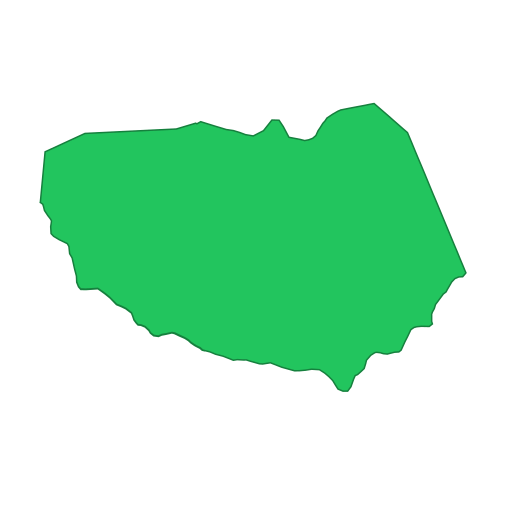 Beida, Western Darfur, Sudan (Albers equal-area conic projection), rotated 261°
{"feature_id": "16777658B9931993566109", "entity_name": "Beida", "entity_type": "district", "adm_level": 2, "iso_a3": "SDN", "parent_name": "Sudan", "parent_adm1": "Western Darfur", "projection": "albers", "projection_center": [21.993, 12.896], "detail": "fine", "context": "isolated", "style": "filled", "palette": "green", "viewbox_px": 512, "rotation_deg": 261, "n_neighbors": 0, "source": "geoboundaries", "source_scale": "gbopen_adm2", "svg_char_len": 3366}
<svg xmlns="http://www.w3.org/2000/svg" viewBox="0 0 512 512"><g transform="rotate(261 256 256)"><path d="M342.6,51.3L342.4,51.6L340.5,53.5L337.8,53.9L334.0,54.2L331.6,55.3L328.5,56.7L324.9,58.7L322.7,59.5L320.2,58.8L317.1,57.8L310.2,57.1L307.1,59.2L302.9,64.2L297.7,71.6L295.2,72.5L294.6,72.7L287.4,72.3L282.9,74.1L271.5,74.8L265.6,75.4L264.3,75.5L262.3,75.3L258.1,74.8L253.3,75.9L250.4,77.7L249.5,82.6L248.9,89.2L248.4,94.7L246.4,96.8L242.2,101.0L240.3,102.7L237.4,105.3L229.8,110.6L227.0,115.2L224.3,119.1L219.1,124.1L216.0,124.8L211.8,125.5L208.4,127.3L206.3,128.7L205.6,131.5L203.2,135.4L199.1,138.6L196.3,139.7L193.2,142.5L191.8,147.1L192.7,150.4L192.8,154.3L193.2,160.9L192.2,163.3L190.7,165.5L189.1,167.8L185.9,172.8L183.1,176.0L180.4,178.1L178.0,180.6L177.4,181.2L176.0,183.0L173.7,186.2L171.4,188.1L171.2,188.6L173.9,186.5L175.9,183.3L178.0,180.8L180.4,178.3L183.2,176.2L186.0,173.0L189.8,167.4L192.2,163.8L193.2,161.0L192.9,154.6L192.9,150.7L191.8,147.2L193.2,142.6L196.3,139.7L199.1,138.7L203.2,135.5L205.6,131.6L206.3,128.7L208.4,127.3L211.9,125.5L216.0,124.8L219.1,124.1L224.3,119.2L227.1,115.3L229.8,110.7L237.4,105.3L242.2,101.1L246.4,96.8L248.5,94.7L249.5,82.7L250.5,77.7L253.3,75.9L258.1,74.9L258.4,74.9L253.7,75.9L250.9,77.7L249.9,82.7L248.8,94.7L246.8,96.8L242.6,101.1L237.8,105.3L230.2,110.7L227.4,115.3L224.7,119.2L219.5,124.1L216.4,124.8L212.2,125.5L208.8,127.3L206.7,128.7L206.0,131.6L203.6,135.5L199.5,138.7L196.7,139.7L193.6,142.6L192.2,147.2L193.2,150.7L193.2,154.6L193.6,161.0L192.6,163.8L190.1,167.4L186.3,173.0L183.6,176.2L180.8,178.3L178.4,180.8L176.3,183.3L174.2,186.5L171.5,188.6L168.4,195.7L165.3,200.7L162.2,207.8L158.7,213.8L156.6,217.3L156.6,221.2L155.2,227.6L154.9,230.1L152.8,234.3L150.7,238.9L149.0,242.5L148.3,245.7L148.3,253.5L146.9,255.9L142.1,264.1L136.6,276.1L135.9,281.1L135.5,287.1L135.5,293.2L133.8,300.9L129.6,305.6L125.5,309.1L121.0,312.3L115.8,314.4L111.7,316.2L108.9,320.8L108.2,325.4L112.0,329.3L119.2,333.2L122.4,335.3L123.0,337.8L125.5,341.7L127.9,345.2L132.4,347.4L135.8,348.8L140.0,353.8L142.0,358.4L142.0,360.1L141.0,363.7L139.6,366.5L138.6,370.4L138.9,373.2L139.3,377.9L138.9,382.1L140.3,384.6L147.9,389.6L152.7,393.1L159.0,397.4L160.7,400.9L161.0,403.7L160.7,408.3L160.0,412.2L159.3,416.1L161.3,419.6L163.7,419.3L164.1,419.3L171.1,420.4L173.1,421.5L176.2,423.9L180.0,425.7L184.2,430.0L188.7,434.6L188.7,434.2L190.8,438.1L193.2,439.9L196.6,442.7L199.7,445.2L202.5,448.8L203.6,453.0L203.2,456.9L205.3,459.4L206.5,460.7L209.3,460.0L214.4,458.8L218.8,457.7L223.0,456.7L228.1,455.5L232.6,454.4L236.6,453.4L241.2,452.3L264.0,446.8L269.0,445.6L276.0,443.9L282.6,442.3L289.8,440.5L297.3,438.7L303.2,437.3L312.8,435.0L320.6,433.1L327.0,431.5L334.8,429.6L344.1,427.4L354.2,424.9L358.7,421.1L362.9,417.6L367.7,413.6L374.6,407.9L379.8,403.5L383.7,400.2L388.1,396.5L388.0,391.7L387.8,387.9L387.7,384.7L387.6,380.5L387.5,377.1L387.3,370.7L387.0,363.1L387.0,362.5L386.9,362.4L386.2,359.5L384.1,354.0L381.2,347.7L378.6,345.3L376.6,342.8L373.0,339.7L370.0,336.9L365.6,334.0L363.4,330.4L362.5,326.2L362.4,322.1L364.3,317.7L368.1,307.1L379.5,303.2L386.5,300.0L387.8,293.0L378.6,283.0L375.0,272.1L377.5,264.6L380.6,259.1L383.4,253.3L385.6,246.3L387.8,241.8L390.1,237.0L397.3,222.4L395.8,218.3L396.6,217.2L393.9,197.1L403.8,106.2L391.9,64.0L342.8,51.4L342.6,51.3Z" fill="#22c55e" stroke="#15803d" stroke-width="1.5"/></g></svg>